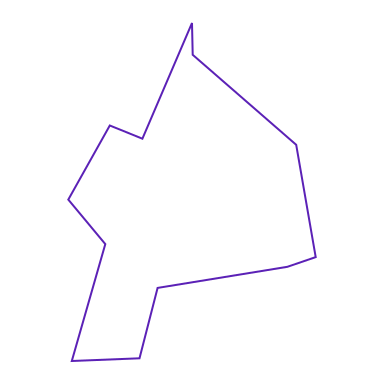 Harrisonburg, Virginia, United States of America (Robinson projection)
{"feature_id": "52423323B43531707652669", "entity_name": "Harrisonburg", "entity_type": "district", "adm_level": 2, "iso_a3": "USA", "parent_name": "United States of America", "parent_adm1": "Virginia", "projection": "robinson", "projection_center": [-78.881, 38.44], "detail": "fine", "context": "isolated", "style": "outline", "palette": "violet", "viewbox_px": 384, "rotation_deg": 0, "n_neighbors": 0, "source": "geoboundaries", "source_scale": "gbopen_adm2", "svg_char_len": 278}
<svg xmlns="http://www.w3.org/2000/svg" viewBox="0 0 384 384"><path d="M68.3,199.6L105.3,244.1L71.8,361.0L139.5,358.3L157.6,287.9L287.4,266.8L315.7,257.1L296.2,144.8L192.7,54.8L192.0,23.0L142.4,138.7L109.8,125.5L68.3,199.6Z" fill="none" stroke="#5b21b6" stroke-width="2"/></svg>